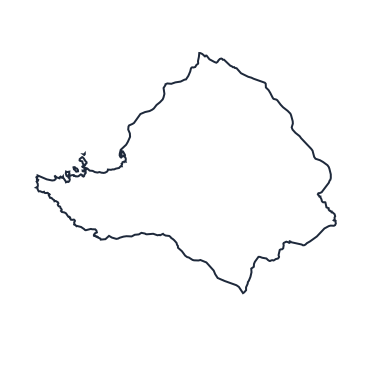 Polewali Mandar, Sulawesi Barat, Indonesia (Robinson projection), rotated 147°
{"feature_id": "22746128B50766380968306", "entity_name": "Polewali Mandar", "entity_type": "district", "adm_level": 2, "iso_a3": "IDN", "parent_name": "Indonesia", "parent_adm1": "Sulawesi Barat", "projection": "robinson", "projection_center": [119.26, -3.303], "detail": "fine", "context": "isolated", "style": "outline", "palette": "slate", "viewbox_px": 384, "rotation_deg": 147, "n_neighbors": 0, "source": "geoboundaries", "source_scale": "gbopen_adm2", "svg_char_len": 5989}
<svg xmlns="http://www.w3.org/2000/svg" viewBox="0 0 384 384"><g transform="rotate(147 192 192)"><path d="M110.2,304.6L112.6,301.6L115.7,298.5L116.7,296.6L117.4,296.2L118.9,296.2L121.2,295.1L122.9,295.6L124.0,296.5L124.8,296.5L125.7,296.1L127.9,294.0L131.8,291.4L135.7,289.7L137.1,290.3L141.4,290.8L146.3,293.0L150.4,294.0L153.6,296.5L155.6,296.8L156.1,296.1L159.2,294.7L161.7,289.3L164.4,286.8L166.2,285.6L170.1,284.7L174.3,284.3L178.6,282.8L180.6,282.7L183.5,283.0L187.8,284.6L192.8,285.5L203.0,281.5L204.8,281.5L208.5,282.1L209.6,281.5L211.5,279.1L212.2,275.0L213.9,272.0L218.5,269.0L221.5,267.5L228.8,266.2L231.6,263.6L232.7,262.2L233.0,260.5L232.7,259.5L231.3,259.7L230.4,262.9L229.6,263.1L228.6,264.5L227.8,263.6L228.0,259.7L228.5,258.9L228.3,258.2L229.4,259.6L229.9,259.4L229.1,257.6L229.3,256.3L230.1,254.9L230.9,254.4L231.0,254.0L231.2,254.3L232.0,253.9L232.1,254.3L232.7,254.6L234.1,254.8L235.0,253.9L235.5,253.9L235.4,253.5L235.9,253.0L237.1,252.5L236.8,252.2L236.9,251.8L237.9,252.4L240.2,251.9L243.2,253.1L244.8,253.3L246.5,254.3L247.8,254.7L250.3,256.6L250.7,256.0L252.1,255.4L254.1,255.5L255.7,256.1L257.4,257.5L258.7,259.1L260.7,259.8L262.6,261.6L263.8,263.8L266.2,265.7L267.0,268.7L268.1,270.1L268.7,270.5L269.2,270.6L269.8,269.8L269.7,269.2L270.0,269.1L269.4,268.7L269.9,268.7L269.4,268.4L269.8,268.3L269.5,268.0L269.7,267.7L270.6,268.0L270.2,268.2L270.4,268.5L271.0,268.2L272.1,269.5L272.3,269.1L271.1,267.9L270.4,266.5L270.7,265.9L272.9,265.1L273.7,264.2L274.5,264.0L275.2,264.9L275.0,266.3L275.6,267.3L278.6,267.1L279.5,267.4L280.9,268.3L280.9,268.7L282.2,269.7L281.8,270.3L282.3,270.9L285.3,272.2L285.9,271.8L286.3,271.8L286.6,271.1L287.6,270.8L287.4,269.9L286.7,269.8L287.1,269.7L288.7,268.1L290.0,267.7L290.5,267.9L290.7,268.5L292.4,268.8L292.1,269.9L292.2,274.4L291.8,275.2L293.1,274.6L293.8,275.4L293.6,276.0L293.8,276.5L295.0,276.4L295.7,275.7L297.5,277.9L298.3,280.7L298.7,278.2L298.5,277.9L299.5,277.0L301.1,276.9L303.0,277.8L306.9,281.7L312.4,289.9L312.8,289.1L314.0,289.4L314.4,289.1L314.0,288.4L314.1,288.0L314.9,287.7L315.2,287.0L314.4,285.9L315.2,285.3L316.0,285.7L316.6,285.5L316.9,282.9L317.9,281.1L318.6,280.6L320.3,280.6L319.4,279.5L320.0,278.4L320.2,276.0L319.0,275.4L317.5,273.2L316.0,272.8L316.2,271.7L315.2,270.7L313.6,270.0L313.4,269.7L313.4,268.6L312.8,268.1L312.7,267.5L313.9,267.2L314.2,264.3L313.3,263.8L313.0,263.4L312.8,261.9L312.1,260.5L312.4,259.2L311.7,259.1L311.1,258.5L310.1,256.5L310.2,255.3L311.5,254.5L311.6,254.0L311.6,252.7L310.7,251.9L310.6,251.3L311.0,250.1L310.8,248.9L311.0,247.9L312.2,247.5L312.0,246.1L310.1,244.3L309.3,242.7L309.2,238.7L309.0,238.2L308.4,238.1L308.2,237.8L308.2,236.7L308.7,236.2L308.5,235.6L308.6,234.7L307.5,233.8L306.1,233.2L305.8,232.2L305.9,231.5L307.3,230.8L307.6,229.8L308.5,229.2L308.5,228.6L307.8,227.9L307.5,226.2L306.9,226.1L304.1,223.1L302.7,219.7L302.5,218.6L301.9,217.8L296.9,216.1L296.0,215.1L293.5,213.4L293.2,211.8L293.8,209.9L296.1,210.2L297.7,209.4L298.1,208.7L297.8,208.2L296.9,208.0L296.5,207.1L296.7,206.5L296.1,205.9L295.7,206.0L295.4,205.4L295.7,205.1L294.2,202.8L294.5,201.8L290.3,199.6L285.5,200.4L284.0,197.4L281.0,193.9L279.4,193.2L277.5,193.0L273.8,191.9L271.0,190.6L266.8,187.6L263.3,187.3L259.7,185.4L256.7,185.3L254.1,182.8L253.8,182.0L252.9,181.1L247.3,178.1L244.5,174.5L242.8,173.8L242.3,173.1L239.1,172.7L238.9,171.7L237.9,169.9L235.1,167.6L234.6,166.3L234.4,164.4L233.9,163.6L233.2,161.3L232.7,157.8L233.3,155.8L233.2,154.5L234.1,152.9L232.7,147.8L232.4,142.4L231.5,140.0L230.4,138.9L228.5,134.7L227.5,133.6L223.8,131.0L222.0,130.4L218.3,125.1L216.6,114.3L217.3,110.4L217.3,105.9L213.1,99.6L205.5,89.6L204.4,86.9L204.3,79.4L203.0,79.4L200.1,80.2L198.6,82.6L195.3,84.7L194.2,86.0L192.7,86.6L189.2,89.0L185.8,92.3L184.0,95.5L180.9,95.6L179.2,97.9L177.3,99.2L171.6,101.4L170.4,100.6L168.9,98.6L165.8,95.7L165.3,93.5L164.6,92.0L164.0,91.6L162.8,91.5L161.8,91.1L160.8,90.1L158.2,90.1L156.2,89.4L154.8,89.8L154.3,90.2L153.8,91.9L150.0,95.6L149.0,95.6L147.6,94.9L146.2,95.1L144.1,97.4L143.6,98.8L142.8,99.3L140.0,99.0L138.7,97.5L138.2,96.4L137.9,96.3L136.9,97.4L136.3,96.7L136.3,96.0L128.6,88.2L128.0,86.9L127.0,86.3L125.5,86.1L123.6,86.5L119.9,86.3L111.5,86.7L100.8,89.3L95.9,88.9L94.0,88.3L91.4,86.4L90.0,86.3L88.5,87.3L88.0,88.6L87.2,89.7L87.5,90.3L88.4,90.6L88.6,91.1L87.3,91.3L86.3,93.0L85.1,93.7L84.5,95.8L85.2,98.3L85.9,98.8L85.5,99.6L86.2,100.1L86.3,101.0L86.8,101.3L87.0,102.8L86.2,103.9L87.6,105.9L85.8,110.6L86.0,111.0L87.6,111.9L88.0,112.9L88.0,113.8L87.4,115.4L87.2,117.5L86.8,118.2L87.6,118.6L87.4,119.4L87.7,119.8L87.7,121.6L86.6,122.1L85.8,121.6L83.4,121.2L72.3,125.2L70.2,126.7L69.3,126.9L68.0,128.1L66.0,131.2L64.1,136.7L63.7,138.6L63.8,140.7L65.7,145.7L67.4,149.0L70.3,152.6L70.4,154.9L68.4,161.0L68.5,163.1L71.2,177.7L71.3,180.1L73.0,185.2L73.7,189.5L73.2,191.9L70.2,194.4L69.0,196.5L67.1,202.4L66.8,204.2L67.6,208.0L69.5,213.5L70.1,216.9L70.5,222.5L70.9,223.5L72.9,225.7L73.0,227.0L72.4,232.5L72.3,235.8L73.1,239.4L71.2,242.7L71.4,244.0L78.7,253.5L79.9,255.5L82.1,258.0L86.2,264.9L87.2,271.5L88.5,272.7L88.6,273.7L89.7,274.4L90.1,275.6L91.1,277.1L93.1,285.5L94.2,286.2L94.2,287.2L94.8,288.0L96.2,288.4L98.0,288.0L99.8,287.2L101.2,287.2L102.3,288.7L105.1,293.8L105.5,298.4L105.9,298.8L107.2,298.6L107.5,298.9L107.4,299.3L108.2,302.1L109.3,303.9L110.2,304.6ZM267.9,272.5L266.9,272.8L266.4,273.4L264.9,273.5L264.2,274.4L264.5,275.7L264.5,279.0L264.8,280.8L265.2,281.1L268.2,280.8L269.1,279.7L268.9,279.1L267.3,277.4L268.0,275.7L268.1,274.1L268.4,273.7L268.4,273.2L267.9,272.5ZM288.4,274.0L287.9,272.7L286.7,272.5L286.0,273.8L284.8,274.1L284.5,275.1L283.8,275.9L286.0,276.8L286.5,277.7L287.7,276.4L288.4,274.0ZM276.3,271.4L275.7,272.5L275.7,274.2L276.5,275.3L276.8,276.7L277.9,277.3L278.2,276.9L278.3,275.4L278.6,275.2L278.2,274.2L278.0,272.1L276.3,271.4ZM262.3,282.2L262.9,281.5L261.3,282.1L261.0,282.6L261.9,282.3L262.5,282.7L262.3,282.2ZM270.2,272.5L269.7,271.9L269.8,273.1L270.1,273.1L270.2,272.5Z" fill="none" stroke="#1e293b" stroke-width="2"/></g></svg>